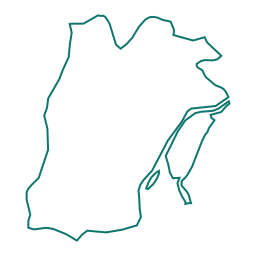 the District of Lisboa
{"feature_id": "PRT-746", "entity_name": "Lisboa", "entity_type": "District", "adm_level": 1, "iso_a3": "PRT", "parent_name": "Portugal", "parent_adm1": "", "projection": "robinson", "projection_center": [-9.064, 38.994], "detail": "fine", "context": "isolated", "style": "outline", "palette": "teal", "viewbox_px": 256, "rotation_deg": 0, "n_neighbors": 0, "source": "natural_earth", "source_scale": "10m", "svg_char_len": 1702}
<svg xmlns="http://www.w3.org/2000/svg" viewBox="0 0 256 256"><path d="M228.4,97.1L215.7,106.0L191.0,108.6L187.3,111.6L181.8,121.6L167.9,140.5L152.1,170.6L143.3,180.3L140.3,184.9L138.5,190.7L139.2,197.3L139.7,208.8L140.9,217.1L136.8,225.4L122.2,229.7L106.0,232.4L87.3,230.7L82.1,234.6L76.9,240.6L65.8,234.0L53.1,228.9L46.1,227.8L34.0,229.4L28.3,227.7L28.4,220.6L30.3,214.7L26.6,199.6L26.7,192.1L28.2,188.8L31.7,184.8L38.7,177.9L48.1,149.7L47.4,128.7L44.2,115.5L47.0,107.8L48.2,98.4L59.3,79.1L62.9,69.7L68.7,57.1L69.9,43.9L71.7,32.8L69.7,23.9L72.4,23.7L83.4,23.7L95.4,16.9L97.8,15.4L101.5,16.0L102.9,15.6L105.0,16.7L107.1,19.5L109.5,23.5L116.0,44.6L120.6,48.7L126.6,44.1L132.3,37.7L138.9,26.8L145.0,19.9L147.8,18.1L149.8,17.2L153.1,16.9L157.2,17.5L162.6,19.9L170.6,21.6L174.0,29.9L173.5,35.1L193.2,40.5L204.7,37.2L207.0,42.3L221.3,55.8L217.3,59.3L212.8,60.4L204.3,60.1L200.9,61.1L196.7,63.9L196.7,66.1L198.1,67.8L200.4,69.0L202.4,70.4L204.5,74.9L205.8,77.1L214.2,84.3L216.0,85.5L221.8,87.8L223.7,89.2L224.9,90.6L226.1,92.3L228.4,97.1ZM185.4,204.0L185.4,201.8L182.5,197.2L179.2,190.3L177.5,183.1L179.5,177.8L172.9,178.2L169.9,172.6L168.2,164.2L165.7,156.0L177.8,131.4L185.2,120.5L195.1,113.2L200.8,111.8L213.1,110.8L218.5,108.6L228.8,101.2L229.4,103.1L228.7,104.4L227.0,105.4L221.2,112.0L210.6,114.9L211.5,117.9L214.5,120.2L208.9,128.1L207.6,131.7L204.9,135.2L202.0,141.2L192.1,166.6L187.8,174.3L185.8,177.0L181.6,181.2L181.5,185.5L186.6,191.4L187.7,192.9L188.8,195.3L191.0,203.2L188.6,203.1L185.4,204.0ZM157.2,171.9L158.9,170.9L159.1,173.1L157.1,178.3L153.4,184.0L148.0,189.1L146.2,188.5L148.5,182.4L151.4,177.3L154.6,174.0L156.4,172.5L157.2,171.9Z" fill="none" stroke="#0f766e" stroke-width="2"/></svg>